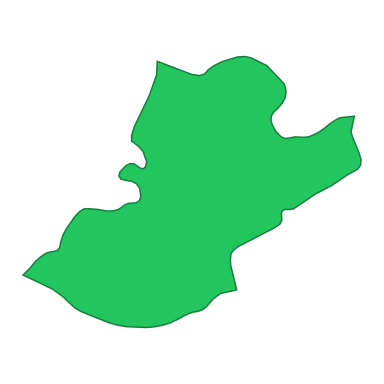 map outline of Bình Dương (Natural Earth projection), rotated 270°
{"feature_id": "VNM-483", "entity_name": "Bình Dương", "entity_type": "Province", "adm_level": 1, "iso_a3": "VNM", "parent_name": "Vietnam", "parent_adm1": "", "projection": "natural_earth1", "projection_center": [106.657, 11.214], "detail": "fine", "context": "isolated", "style": "filled", "palette": "green", "viewbox_px": 384, "rotation_deg": 270, "n_neighbors": 0, "source": "natural_earth", "source_scale": "10m", "svg_char_len": 1685}
<svg xmlns="http://www.w3.org/2000/svg" viewBox="0 0 384 384"><g transform="rotate(270 192 192)"><path d="M163.5,281.7L159.8,279.8L155.9,273.9L137.6,238.5L133.8,233.5L130.1,230.9L123.5,230.4L118.3,230.8L94.1,236.7L90.6,220.7L85.0,213.0L77.9,207.0L75.2,204.0L73.5,200.8L72.5,197.0L71.7,192.7L70.2,188.3L68.5,184.6L66.1,180.6L61.1,170.2L58.8,162.8L57.2,154.6L56.5,146.7L57.3,127.1L58.9,117.4L61.4,108.6L72.5,80.9L76.0,75.1L82.7,67.5L86.7,63.7L94.7,52.9L109.0,23.0L116.2,30.3L122.3,35.2L127.0,40.5L130.4,45.3L131.8,49.3L132.8,54.9L133.3,56.9L134.8,58.6L137.2,59.8L142.6,60.9L148.6,62.9L155.1,66.3L167.5,74.9L172.3,79.4L175.1,83.8L175.3,87.3L174.7,97.3L173.2,105.4L172.9,109.7L173.4,114.4L174.7,118.7L179.3,125.1L180.7,128.6L181.1,136.2L183.3,139.4L187.3,140.8L195.5,139.7L200.1,136.6L202.7,131.9L203.6,126.0L204.9,120.9L208.0,118.9L212.2,120.0L218.7,126.4L220.5,130.6L220.1,134.2L216.0,140.0L215.2,143.3L217.4,145.7L222.2,146.6L232.5,143.1L237.4,138.7L240.8,134.5L242.8,131.6L248.6,131.6L257.5,134.4L288.5,149.3L309.1,156.6L322.7,157.3L309.6,191.6L308.4,199.7L310.2,204.8L313.9,207.9L318.1,213.6L322.5,222.3L327.0,237.6L327.5,245.2L326.1,251.2L318.5,266.7L300.4,283.9L296.0,285.6L291.0,286.0L285.8,285.0L280.4,281.9L275.8,278.0L272.0,273.8L268.4,271.6L264.0,270.9L258.5,272.5L252.7,275.8L247.0,281.3L245.5,285.6L246.1,290.1L247.1,294.8L246.7,304.1L247.1,308.2L248.7,312.5L251.2,317.7L255.0,323.5L259.6,329.1L263.6,334.9L266.2,339.7L267.8,354.4L252.1,351.0L247.1,352.5L231.0,359.1L224.4,361.0L219.0,360.6L214.9,357.8L209.3,347.7L198.4,331.5L189.9,315.3L175.1,293.4L174.5,289.4L174.6,285.8L173.8,283.1L171.7,281.5L163.5,281.7Z" fill="#22c55e" stroke="#15803d" stroke-width="1.5"/></g></svg>